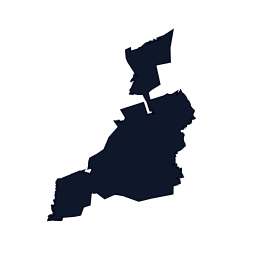 the district of Alaquines, San Luis Potosí, Mexico, rotated 99°
{"feature_id": "50627088B47370216611789", "entity_name": "Alaquines", "entity_type": "district", "adm_level": 2, "iso_a3": "MEX", "parent_name": "Mexico", "parent_adm1": "San Luis Potosí", "projection": "orthographic", "projection_center": [-99.627, 22.081], "detail": "fine", "context": "isolated", "style": "filled", "palette": "ink", "viewbox_px": 256, "rotation_deg": 99, "n_neighbors": 0, "source": "geoboundaries", "source_scale": "gbopen_adm2", "svg_char_len": 5702}
<svg xmlns="http://www.w3.org/2000/svg" viewBox="0 0 256 256"><g transform="rotate(99 128 128)"><path d="M186.0,73.5L178.1,74.6L177.7,73.7L177.1,72.9L177.0,72.3L176.6,71.6L176.4,70.6L175.5,70.1L174.4,67.9L171.1,68.9L169.9,71.6L167.7,65.8L166.6,66.6L165.5,67.1L164.6,68.3L164.3,68.4L159.7,69.1L159.8,69.6L160.2,69.6L160.5,70.1L160.8,71.3L159.4,71.9L159.6,72.4L159.1,72.5L159.1,73.1L159.7,74.1L156.6,74.2L156.1,74.5L156.5,76.6L157.0,77.4L157.2,78.0L155.8,77.2L155.0,76.3L154.7,76.3L152.9,76.8L152.3,76.6L149.0,77.7L149.0,77.2L148.6,76.6L145.4,78.2L145.1,77.3L145.4,77.1L145.3,76.9L145.5,76.8L145.5,76.2L145.3,75.7L145.2,75.6L143.4,76.7L142.9,75.7L143.0,75.4L141.4,72.9L140.4,71.9L139.8,72.0L139.6,71.5L138.9,70.7L137.6,70.0L137.2,69.1L136.6,69.0L135.0,69.3L134.4,69.8L134.0,70.0L133.5,70.7L133.2,70.8L133.1,71.0L131.2,71.5L129.7,72.1L128.9,72.1L128.5,71.9L127.7,72.0L126.2,71.6L125.4,72.2L124.4,73.4L124.6,73.9L124.7,74.2L124.4,75.6L123.5,76.2L122.0,76.3L121.3,75.9L120.5,74.7L120.5,73.5L120.2,73.0L118.1,73.2L117.9,73.0L118.0,72.7L118.2,72.2L118.0,72.3L117.7,72.1L117.6,71.9L116.8,71.4L117.0,71.3L117.2,70.7L116.8,70.6L117.0,70.7L116.8,70.9L116.5,70.7L116.3,70.8L116.4,71.0L115.9,70.7L115.2,70.8L114.5,69.1L114.5,68.3L114.0,67.8L113.6,67.0L113.2,67.0L113.4,67.2L113.1,67.7L112.8,66.7L112.2,67.0L112.0,66.7L111.7,66.5L111.2,66.7L111.2,66.9L110.7,66.6L110.0,66.8L109.0,65.8L108.9,65.6L108.9,65.1L108.4,63.9L108.2,63.9L107.9,63.4L106.8,65.0L105.8,66.0L104.1,66.2L102.9,66.0L101.1,65.3L100.6,65.4L100.0,66.0L99.6,66.5L99.5,67.0L98.7,68.0L97.8,68.7L97.4,69.4L96.5,70.1L95.5,70.2L94.9,70.4L93.4,71.4L92.8,71.9L92.0,72.3L91.3,73.8L90.9,74.2L89.8,74.7L87.6,76.4L86.7,77.5L85.9,78.3L84.9,80.3L84.5,80.7L82.7,81.9L83.6,82.0L83.8,82.5L85.1,82.9L85.4,83.5L85.7,83.9L86.3,84.0L86.7,84.9L87.3,85.1L86.2,85.4L84.0,85.0L88.0,89.5L88.2,90.1L88.4,90.4L88.8,93.0L88.6,93.4L88.5,94.2L88.3,94.5L90.8,97.4L97.4,110.6L89.8,113.9L86.4,111.2L79.8,103.5L61.4,110.7L56.6,97.9L56.3,97.9L56.3,96.7L42.2,99.3L24.2,99.0L31.3,106.9L31.4,107.0L33.4,110.7L34.0,109.9L34.6,110.1L34.6,111.1L34.8,111.7L34.7,112.1L34.3,112.1L34.8,113.2L36.5,111.9L37.0,112.7L36.7,113.3L37.1,114.2L36.9,115.7L37.8,114.9L38.0,115.2L37.4,115.6L37.0,115.8L37.3,116.0L37.9,115.6L38.2,116.1L38.7,116.2L38.9,116.5L38.6,116.6L38.9,117.1L38.5,117.3L39.0,120.0L40.0,120.0L40.3,119.7L41.2,119.7L41.5,120.6L41.1,120.9L40.2,121.1L41.6,123.8L46.7,127.9L47.1,128.6L46.9,128.7L47.1,129.5L48.6,130.4L50.3,133.9L52.0,137.2L50.8,137.7L48.6,138.3L51.4,142.4L59.2,140.5L62.5,138.5L74.7,127.6L74.1,130.2L74.9,130.2L75.5,130.4L76.7,130.3L78.1,130.3L77.9,130.6L78.7,131.2L79.9,131.9L80.4,131.9L80.8,132.3L81.4,132.4L81.6,132.2L81.3,131.8L80.8,131.7L80.2,131.1L80.4,130.4L80.2,129.2L80.7,128.6L81.2,128.4L81.7,128.4L82.0,128.6L82.2,129.2L82.6,129.5L83.8,129.8L84.1,129.7L84.9,129.9L86.1,130.4L86.7,130.5L87.2,130.4L87.9,130.6L89.9,131.8L90.4,131.8L91.0,131.6L91.0,130.7L91.6,130.8L92.7,130.0L92.9,131.0L93.2,131.4L93.5,131.7L94.0,131.7L93.9,128.4L93.6,128.1L93.2,128.2L92.9,127.0L93.1,124.6L92.9,124.2L93.1,123.7L92.9,121.8L92.3,119.2L92.3,117.8L93.2,117.7L93.9,117.1L94.6,116.9L95.1,116.4L97.1,114.9L98.8,113.3L107.6,108.8L107.6,108.7L107.3,108.3L107.0,107.1L107.6,106.6L108.6,106.4L109.3,106.2L109.8,105.3L109.8,104.6L110.3,105.3L110.1,105.8L110.1,106.2L110.7,108.6L111.2,109.2L111.5,110.2L112.1,111.0L100.6,116.8L111.2,137.7L118.2,131.8L119.0,132.1L120.1,131.8L120.5,132.5L120.9,132.4L122.7,134.0L122.0,134.4L122.0,134.7L122.7,135.1L123.1,136.7L122.2,137.3L122.9,137.9L122.1,138.6L123.4,139.5L122.8,140.0L122.8,140.3L123.5,140.9L123.1,142.0L123.3,142.5L128.3,137.4L140.5,145.1L153.1,148.2L158.8,154.2L163.8,160.8L167.3,161.3L172.1,160.8L174.5,161.0L173.3,158.9L174.5,156.6L179.2,158.3L178.4,165.3L176.6,164.6L178.0,167.1L178.5,169.4L179.0,169.7L178.9,170.0L179.1,170.3L179.5,170.8L179.8,171.4L180.4,171.9L180.3,172.3L180.4,172.6L181.0,173.4L181.6,174.3L181.7,174.8L182.3,175.5L182.8,176.7L183.2,176.8L183.5,177.2L185.8,181.3L186.2,181.2L186.4,181.3L186.5,182.5L187.0,182.8L187.4,184.2L188.1,184.6L188.6,185.3L189.3,188.5L189.7,188.4L189.7,189.5L192.4,190.2L192.4,190.4L193.5,190.4L193.8,190.3L194.1,189.8L194.8,189.5L195.1,189.7L196.8,189.8L197.0,189.6L197.0,189.3L197.2,189.0L197.2,188.3L197.5,188.1L198.0,188.3L198.5,189.2L199.2,189.7L199.5,189.6L199.7,189.0L199.5,188.7L199.6,188.4L200.6,188.4L201.4,188.0L201.8,189.3L202.1,189.5L203.5,189.4L203.8,189.3L204.1,188.8L204.3,188.7L204.6,188.7L205.4,189.5L205.8,189.5L206.7,188.9L207.9,188.6L208.8,188.7L209.8,188.4L210.3,188.7L210.7,189.1L210.9,190.0L211.2,190.0L211.5,189.8L211.7,189.2L211.9,188.9L212.1,188.9L212.3,189.1L212.6,189.2L213.0,189.0L213.1,188.6L214.0,188.1L214.9,188.5L215.2,188.7L216.0,188.6L216.1,189.3L216.6,189.9L216.2,190.7L216.2,190.9L216.5,190.9L216.5,191.3L216.8,191.3L218.0,190.7L218.4,190.1L218.6,190.4L219.0,190.6L219.8,190.1L220.4,190.2L220.8,190.0L221.0,189.8L221.0,189.3L220.6,188.9L220.6,188.7L220.9,188.3L221.3,188.4L221.6,189.1L222.0,189.2L222.4,189.0L222.5,188.6L222.4,187.5L222.5,187.0L223.0,186.9L223.2,187.1L223.8,188.0L224.4,188.6L224.8,187.7L225.7,187.2L226.0,188.0L226.2,189.2L227.1,188.4L228.1,189.1L228.2,189.4L227.9,189.5L226.5,189.1L226.1,189.2L225.9,189.7L226.1,191.1L227.1,192.3L227.7,192.6L228.2,191.8L228.6,191.7L229.6,192.0L229.9,192.0L229.9,192.3L231.8,192.6L230.9,189.6L230.3,186.6L230.5,186.0L229.5,179.2L228.7,179.2L228.7,179.9L228.4,180.0L228.2,179.6L228.0,178.9L227.2,179.3L227.1,179.1L226.8,179.3L226.4,179.3L223.3,166.8L221.3,161.4L213.2,159.8L213.1,159.4L212.6,159.2L209.9,153.6L198.9,154.3L196.8,153.5L197.7,151.5L196.6,148.7L201.3,140.0L195.5,131.1L195.2,127.6L195.4,121.7L198.4,106.0L193.3,93.8L186.0,73.5Z" fill="#0f172a" stroke="#020617" stroke-width="1.5"/></g></svg>